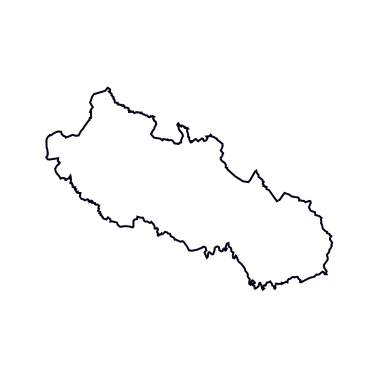 the district of Mae Wong, Nakhon Sawan, Thailand, rotated 200°
{"feature_id": "78962969B87976118596438", "entity_name": "Mae Wong", "entity_type": "district", "adm_level": 2, "iso_a3": "THA", "parent_name": "Thailand", "parent_adm1": "Nakhon Sawan", "projection": "natural_earth1", "projection_center": [99.461, 15.832], "detail": "fine", "context": "isolated", "style": "outline", "palette": "ink", "viewbox_px": 384, "rotation_deg": 200, "n_neighbors": 0, "source": "geoboundaries", "source_scale": "gbopen_adm2", "svg_char_len": 6068}
<svg xmlns="http://www.w3.org/2000/svg" viewBox="0 0 384 384"><g transform="rotate(200 192 192)"><path d="M90.3,223.1L96.7,221.9L99.9,222.8L104.7,222.8L107.0,214.6L109.1,212.4L120.4,220.2L122.9,220.2L123.7,222.3L124.9,221.7L126.0,222.7L126.9,222.1L127.3,223.2L128.3,223.9L128.1,226.1L129.3,226.3L130.1,227.6L134.5,228.9L135.6,231.1L137.5,231.9L138.9,234.0L139.7,233.0L141.3,223.5L142.5,220.5L147.9,219.5L156.7,221.5L166.5,225.4L167.0,226.6L168.7,226.6L169.4,228.9L171.0,230.5L174.7,231.5L176.4,232.9L176.8,234.0L176.1,235.5L176.0,239.1L179.1,240.7L178.8,244.9L179.7,247.6L186.7,250.0L187.0,250.7L187.8,250.5L190.4,251.2L192.7,250.9L193.2,251.8L194.1,252.2L194.6,250.4L197.5,249.1L195.9,247.9L196.3,245.3L198.3,244.1L199.9,245.7L201.0,245.7L203.6,241.7L206.5,243.1L207.6,241.9L208.1,240.6L209.4,239.9L209.0,239.5L209.2,238.8L210.2,238.1L212.8,240.7L213.3,242.4L214.6,242.6L215.2,244.7L217.5,247.6L218.0,249.4L217.7,249.7L218.5,249.7L218.5,250.5L219.5,250.0L220.4,250.2L220.8,249.8L221.5,250.2L221.2,250.7L224.2,251.1L224.6,249.8L227.7,251.2L228.3,251.9L228.7,251.5L228.8,250.1L227.7,249.0L227.2,249.1L225.7,246.3L221.1,243.5L219.7,241.6L219.9,236.7L219.2,234.9L220.6,233.9L220.9,232.6L225.2,231.7L227.3,233.4L229.2,233.7L231.8,232.6L232.8,233.1L233.2,232.4L236.1,232.3L237.2,230.8L237.5,231.4L238.5,230.7L240.0,231.3L246.3,230.1L250.3,232.3L249.7,236.9L249.1,238.0L249.3,240.6L248.7,243.3L250.2,245.7L252.1,246.0L252.6,247.0L253.6,247.5L253.8,248.8L253.3,249.7L255.0,249.9L256.0,249.0L256.7,249.2L257.3,247.8L258.6,247.6L260.5,248.6L261.8,248.1L263.0,248.6L264.0,248.3L266.0,248.8L266.5,249.4L267.4,248.4L268.1,248.8L270.0,248.5L270.5,247.9L271.5,248.1L273.2,246.4L274.9,247.4L275.4,246.8L277.4,247.0L277.5,246.1L278.6,245.7L279.0,247.2L279.8,247.4L280.0,248.7L281.2,249.2L284.2,248.3L285.2,249.8L286.3,249.2L286.6,249.9L287.3,249.3L287.9,249.8L289.0,249.2L289.8,249.5L291.0,248.9L291.2,249.4L292.1,249.4L292.3,250.1L292.8,249.7L293.3,250.1L295.0,249.8L296.2,251.8L297.8,252.8L297.6,253.4L298.4,254.5L299.2,254.4L299.8,255.3L300.7,255.3L301.2,256.9L303.5,257.5L303.4,258.2L304.1,258.3L303.7,258.6L304.0,260.3L306.8,261.2L308.2,257.4L317.6,250.4L318.4,247.6L318.3,241.1L314.2,237.7L315.2,234.4L315.1,232.5L314.3,232.8L312.2,227.2L313.4,226.6L312.9,224.7L313.4,224.2L315.8,215.7L315.7,215.0L317.2,211.1L317.9,206.3L320.3,205.1L323.8,204.9L327.1,201.7L328.9,200.7L329.2,200.0L330.4,200.8L331.6,200.7L334.1,201.7L335.6,203.8L338.7,203.0L341.5,200.5L343.5,197.6L344.5,196.7L345.0,196.9L346.3,194.4L346.6,192.5L346.3,190.2L343.8,184.0L343.1,183.4L340.4,178.4L340.7,177.9L340.2,176.3L340.9,174.9L339.0,173.4L336.9,173.8L329.3,178.0L328.7,175.3L326.9,174.6L327.0,174.0L326.4,174.0L326.7,172.5L327.9,170.6L328.6,167.2L327.2,164.7L325.4,163.2L321.1,160.7L320.1,159.6L318.4,160.9L316.2,161.4L315.2,160.1L314.2,160.4L314.0,161.3L312.5,162.7L311.8,165.7L310.5,163.6L310.6,162.6L309.9,162.3L309.3,159.0L308.4,159.4L308.2,158.7L307.4,158.7L306.8,158.1L306.7,157.2L305.3,156.6L305.5,156.0L304.8,156.1L303.5,155.3L303.2,155.9L303.0,155.3L302.1,155.1L302.3,154.8L301.9,154.3L302.3,153.9L300.2,152.3L299.7,152.8L299.7,152.3L299.2,152.2L299.1,152.6L298.3,152.3L296.5,152.9L295.8,149.4L294.2,148.1L293.3,147.7L291.2,148.0L289.9,147.5L287.6,149.5L286.3,149.0L286.0,148.2L285.1,148.7L284.9,148.0L284.7,148.3L283.7,148.0L283.3,149.0L282.5,148.1L282.2,148.9L281.5,148.0L279.2,148.3L279.0,147.5L278.0,147.2L276.4,147.9L274.5,147.3L274.8,146.3L274.4,144.9L273.6,144.5L273.9,142.1L271.4,141.7L271.7,140.3L270.2,140.2L270.0,139.1L269.2,139.2L268.7,138.4L267.6,138.2L267.4,137.6L266.0,136.8L263.0,136.9L262.3,139.4L259.9,138.6L258.8,137.6L258.6,136.3L256.4,137.3L255.4,137.1L253.0,137.6L251.8,137.4L250.7,135.8L247.6,134.7L243.1,137.1L238.6,138.3L236.0,138.3L235.3,139.0L235.3,139.7L237.2,145.1L236.4,146.6L234.3,147.8L234.9,150.1L231.2,150.3L229.5,151.1L226.6,148.3L225.7,148.2L224.1,149.0L220.9,148.5L220.0,150.1L216.0,147.7L214.5,144.9L212.8,145.5L212.6,146.1L211.7,145.9L211.2,144.8L211.2,142.6L209.7,141.4L209.6,139.8L209.0,139.4L208.5,139.6L207.8,141.1L206.9,141.2L206.4,142.8L205.0,142.6L203.7,145.3L201.4,145.5L200.3,144.8L198.2,145.2L196.9,143.2L193.3,142.8L191.9,141.3L191.2,141.8L187.3,141.3L185.2,141.6L184.3,142.5L182.7,142.3L177.9,139.0L174.8,136.1L171.7,136.9L167.4,139.6L163.6,143.0L162.8,144.5L160.4,144.6L158.5,141.9L159.6,139.8L159.4,139.2L155.5,135.2L155.0,136.6L155.8,139.8L155.7,140.9L154.9,141.5L152.1,140.2L150.8,140.9L150.9,145.1L151.5,147.1L150.5,148.9L149.3,149.5L147.7,149.3L146.5,146.8L144.1,146.2L143.0,147.2L143.2,149.0L142.7,149.8L142.0,149.8L141.0,148.5L140.4,148.5L139.9,150.5L141.5,151.4L141.6,155.2L140.3,156.5L138.7,153.3L136.0,152.6L134.7,149.7L132.3,149.2L132.1,146.5L130.9,144.3L129.4,144.3L129.3,147.2L128.4,147.0L124.5,142.5L121.2,141.4L116.4,138.3L114.6,135.9L112.3,134.7L111.4,133.7L110.8,131.7L107.9,129.7L107.1,125.7L106.5,125.1L105.5,124.9L105.4,129.2L104.7,129.7L101.8,128.3L102.0,127.7L103.6,126.8L103.8,125.5L103.3,125.2L101.3,125.3L100.2,122.9L99.4,122.8L97.3,125.9L97.5,129.6L97.1,130.0L96.6,129.9L96.1,128.7L94.6,127.9L93.6,125.9L92.1,124.5L91.2,126.0L92.2,126.4L92.7,128.0L92.2,129.1L90.9,129.2L90.7,132.5L88.7,133.6L88.0,134.7L85.6,133.1L84.7,131.7L82.7,131.3L81.9,129.6L81.0,129.4L80.7,130.3L81.6,132.1L81.7,134.7L78.9,135.3L77.4,136.2L76.8,136.0L76.6,137.3L75.6,136.9L73.0,139.7L71.4,139.7L71.9,141.6L71.3,143.3L69.9,144.1L69.2,145.7L67.6,146.9L66.5,146.8L64.5,148.2L63.4,148.2L62.4,147.0L59.8,146.1L59.7,144.5L58.8,144.3L52.1,151.5L48.0,154.3L46.9,156.9L44.4,157.9L42.1,161.8L40.6,161.6L39.1,160.1L37.4,160.7L38.2,161.5L38.4,163.6L41.8,166.0L43.1,168.5L41.4,174.5L41.8,176.4L43.8,179.0L42.6,182.6L43.1,184.8L42.4,187.0L42.2,189.3L43.0,190.1L42.8,192.2L46.3,194.8L46.6,196.1L46.0,198.2L47.7,198.6L48.5,199.5L51.1,199.6L51.4,200.7L53.3,200.8L56.4,202.3L59.0,206.1L60.0,206.7L60.4,208.7L61.3,209.9L61.4,211.9L64.2,212.9L68.3,212.6L69.5,215.0L74.2,215.0L76.7,217.4L77.0,218.9L76.6,222.2L77.6,223.8L78.6,223.8L81.8,221.2L83.9,222.0L85.4,221.2L87.0,221.5L88.4,220.6L89.4,222.7L90.3,223.1Z" fill="none" stroke="#020617" stroke-width="2"/></g></svg>